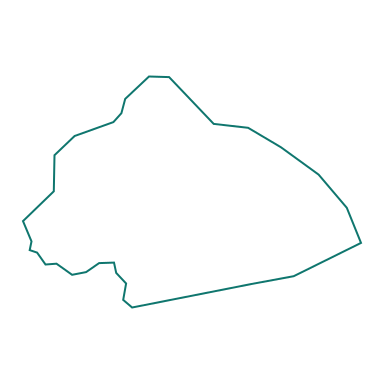 SVG path tracing the border of Calderdale
{"feature_id": "GBR-5672", "entity_name": "Calderdale", "entity_type": "Metropolitan Borough", "adm_level": 1, "iso_a3": "GBR", "parent_name": "United Kingdom", "parent_adm1": "", "projection": "equal_earth", "projection_center": [-2.016, 53.755], "detail": "fine", "context": "isolated", "style": "outline", "palette": "teal", "viewbox_px": 384, "rotation_deg": 0, "n_neighbors": 0, "source": "natural_earth", "source_scale": "10m", "svg_char_len": 483}
<svg xmlns="http://www.w3.org/2000/svg" viewBox="0 0 384 384"><path d="M29.7,250.1L31.5,241.4L23.0,221.1L53.8,191.3L54.5,155.2L74.6,136.0L113.4,122.1L121.4,113.2L125.2,98.9L149.0,76.5L169.1,77.1L213.7,123.9L248.1,127.8L281.0,147.3L318.6,174.6L346.8,207.8L361.0,242.9L293.7,276.2L251.4,284.0L132.1,307.5L123.2,299.9L126.1,283.5L116.2,272.9L114.0,262.6L99.1,263.1L86.1,272.1L72.1,274.8L56.5,263.7L45.5,264.5L37.1,252.6L29.7,250.1Z" fill="none" stroke="#0f766e" stroke-width="2"/></svg>